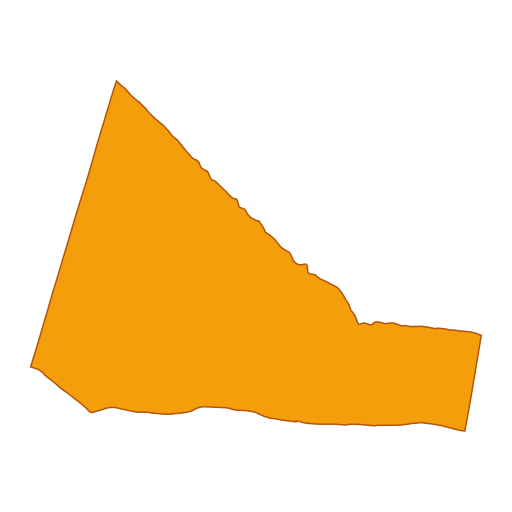 Ratchathewi, Bangkok Metropolis, Thailand (Equal Earth projection)
{"feature_id": "78962969B82033887386179", "entity_name": "Ratchathewi", "entity_type": "district", "adm_level": 2, "iso_a3": "THA", "parent_name": "Thailand", "parent_adm1": "Bangkok Metropolis", "projection": "equal_earth", "projection_center": [100.542, 13.761], "detail": "fine", "context": "isolated", "style": "filled", "palette": "amber", "viewbox_px": 512, "rotation_deg": 0, "n_neighbors": 0, "source": "geoboundaries", "source_scale": "gbopen_adm2", "svg_char_len": 5402}
<svg xmlns="http://www.w3.org/2000/svg" viewBox="0 0 512 512"><path d="M269.4,234.8L265.8,232.5L265.4,232.1L265.1,231.6L264.3,229.5L262.5,226.2L261.4,224.8L259.3,221.4L259.2,221.3L259.1,221.1L258.8,221.0L258.7,221.0L258.6,220.9L257.4,220.8L256.7,220.6L256.4,220.6L256.2,220.4L255.7,220.2L255.4,220.0L252.4,218.4L251.5,217.9L251.3,217.8L251.0,217.6L250.5,217.3L249.3,216.2L248.7,215.6L248.2,214.9L247.0,213.2L245.9,211.1L245.7,210.6L245.5,210.2L245.4,210.1L245.2,209.8L244.9,209.6L244.6,209.3L244.2,209.1L240.7,207.7L239.6,207.3L239.3,207.1L239.2,207.1L239.1,206.8L239.0,206.7L238.9,206.4L238.6,205.3L238.3,203.9L237.5,201.0L237.4,200.7L237.3,200.4L236.9,199.7L236.7,199.4L236.4,199.1L236.1,198.9L235.7,198.9L233.7,198.5L233.2,198.4L232.9,198.3L232.8,198.2L230.0,195.8L228.3,194.2L225.9,191.4L225.7,191.2L224.0,189.7L219.5,185.4L219.0,184.9L217.7,183.5L217.0,182.8L216.4,182.2L214.7,181.1L214.0,180.7L212.2,179.9L211.6,179.6L211.3,179.4L211.2,179.2L210.9,178.8L208.0,172.4L207.5,171.5L207.3,171.2L207.1,171.1L206.9,171.0L206.5,170.8L205.5,170.5L203.9,169.6L201.9,168.3L201.7,168.1L201.4,167.9L201.1,167.5L201.0,167.2L200.8,166.7L200.0,165.3L199.2,162.9L199.0,162.5L198.8,162.2L198.5,161.9L198.1,161.5L196.3,160.0L196.1,159.9L194.5,159.3L193.9,159.1L193.0,158.6L192.2,157.9L191.1,156.5L190.3,155.6L190.1,155.5L185.5,150.2L179.4,142.5L176.8,139.5L176.5,139.3L176.3,139.1L175.8,138.8L173.3,136.9L173.0,136.7L172.6,136.3L168.7,131.2L164.3,126.5L163.3,125.5L162.5,124.8L157.9,120.9L155.5,119.0L151.0,114.7L148.9,112.7L145.8,108.7L145.6,108.6L144.6,107.5L143.1,106.1L141.5,104.8L141.1,104.2L140.6,103.4L140.1,102.7L139.9,102.4L137.9,101.4L137.4,100.9L133.8,97.9L132.5,96.7L131.4,95.7L130.4,94.6L126.3,89.9L124.5,88.0L122.3,86.4L120.6,84.9L118.5,82.8L117.3,81.7L116.5,81.0L116.2,82.0L113.7,89.2L112.5,93.2L110.8,98.8L109.2,104.1L107.8,108.8L106.1,114.2L104.4,120.2L101.1,130.8L99.4,136.5L96.2,147.4L93.5,157.1L86.2,182.1L80.4,200.5L74.7,219.1L68.5,240.2L62.0,261.7L57.6,276.8L52.9,291.7L48.0,308.9L46.4,314.2L43.2,325.2L37.4,344.9L30.7,366.9L33.9,367.9L36.6,368.8L38.1,369.4L38.5,369.6L39.9,370.5L40.6,370.9L42.0,372.0L42.3,372.3L43.1,373.0L43.6,373.4L44.4,374.6L44.8,375.0L46.1,376.1L46.9,376.8L49.3,378.7L57.0,384.8L58.3,386.3L60.7,388.2L64.6,391.1L68.1,393.5L68.4,393.7L68.9,394.1L74.1,398.2L77.0,400.4L82.2,404.5L82.6,404.8L83.3,405.6L86.0,407.9L86.4,408.4L88.8,410.9L89.6,411.6L90.1,411.9L90.7,412.2L91.0,412.3L91.6,412.4L91.9,412.4L92.7,412.4L93.1,412.3L96.0,411.4L99.5,410.4L102.3,409.6L104.7,408.7L107.7,407.9L109.2,407.6L110.2,407.5L112.5,407.4L114.6,407.5L115.1,407.5L115.7,407.6L120.0,408.6L125.2,409.8L134.2,411.6L138.1,412.2L143.4,412.1L146.9,412.1L150.8,412.9L164.9,414.2L171.3,414.1L175.8,413.5L180.2,413.2L186.4,412.3L191.8,411.0L192.3,410.6L192.7,410.4L196.5,408.4L197.5,408.0L198.7,407.6L201.1,407.0L202.3,406.8L205.0,406.8L211.4,407.0L212.6,407.1L224.9,407.7L226.0,407.7L226.8,407.8L228.6,408.2L234.2,409.8L234.5,409.8L235.6,410.0L237.2,410.2L244.7,410.5L245.6,410.6L250.6,411.3L252.6,411.7L254.5,412.1L254.9,412.2L261.4,415.1L265.0,416.7L265.4,416.8L266.4,416.9L266.7,417.0L266.9,417.0L267.3,417.1L268.6,417.8L269.3,418.0L269.9,418.2L273.9,418.6L274.1,418.6L274.5,418.7L275.3,418.8L283.3,420.3L285.7,420.6L286.5,420.7L294.2,421.6L296.0,421.9L296.0,421.6L296.1,420.9L299.7,421.5L302.6,422.5L305.1,423.0L309.0,423.5L317.1,424.1L319.1,424.1L323.7,424.2L329.1,424.2L333.3,424.1L334.8,424.2L335.9,424.3L346.1,425.0L346.5,424.9L347.9,424.7L349.2,424.3L351.2,424.2L352.8,424.3L356.1,424.3L357.4,424.3L359.8,424.5L364.6,424.9L374.6,425.8L375.5,425.6L375.9,425.6L377.2,425.2L378.4,425.3L392.1,425.3L401.3,425.0L402.0,424.9L404.1,424.6L406.7,424.3L408.5,424.1L411.1,423.6L412.5,423.4L413.7,423.3L414.5,423.2L417.2,423.0L420.6,422.7L421.6,422.7L429.9,423.7L431.6,423.9L435.9,424.6L441.3,425.6L459.4,430.3L462.8,430.8L464.8,431.0L466.7,421.1L471.1,396.4L481.3,335.2L480.8,335.2L476.8,333.6L473.8,332.8L470.5,332.0L470.2,331.9L460.1,330.9L458.8,330.8L454.3,330.1L450.6,330.1L446.2,329.1L440.6,328.4L437.2,328.2L436.5,328.4L436.2,328.6L434.5,328.5L430.2,327.7L429.8,327.6L426.0,326.8L420.2,326.3L419.4,326.4L412.6,326.5L411.3,326.7L406.1,325.8L404.8,325.5L404.6,325.6L402.8,325.7L401.2,325.8L395.1,323.5L392.3,322.9L391.1,322.9L387.5,323.5L387.2,323.5L386.4,323.5L384.8,323.6L384.6,323.6L384.2,323.5L382.9,323.1L382.3,322.8L377.8,322.0L376.4,321.9L375.8,322.0L373.8,322.7L373.7,322.8L373.3,323.1L373.1,323.4L372.6,324.3L372.4,324.5L372.1,324.7L371.9,324.8L371.6,324.9L371.5,325.0L371.2,325.0L370.3,324.8L369.4,324.7L369.0,324.5L368.8,324.4L367.3,323.8L365.1,323.1L364.4,323.1L363.5,323.1L362.1,323.4L360.9,323.9L360.0,324.1L359.2,324.1L358.7,324.0L358.3,323.8L358.1,323.7L357.9,323.4L357.7,323.0L357.0,320.8L354.7,315.2L350.9,310.1L348.9,304.7L347.7,302.5L346.2,300.4L345.2,298.5L344.9,298.0L343.4,295.3L342.0,293.2L341.6,292.6L340.9,291.6L339.6,289.9L337.9,288.1L337.0,287.4L335.0,286.1L330.0,283.8L329.7,283.6L328.5,282.8L325.7,281.4L320.1,278.8L318.0,277.4L316.5,275.8L315.2,274.8L313.9,274.4L312.1,274.4L308.6,273.3L307.9,272.3L307.7,269.9L307.3,266.4L307.1,265.8L306.9,265.2L306.7,264.9L306.4,264.6L305.8,264.2L305.6,264.1L305.0,264.1L300.7,264.9L299.8,264.8L298.8,264.7L295.8,263.3L295.0,262.4L293.7,261.1L293.4,260.5L293.1,260.1L292.9,259.6L291.3,255.5L289.6,252.8L288.9,252.1L284.5,249.7L281.7,247.6L280.2,246.3L274.5,239.1L269.4,234.8Z" fill="#f59e0b" stroke="#b45309" stroke-width="1.5"/></svg>